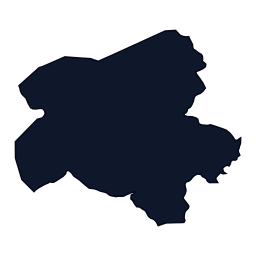 outline of São Francisco de Assis do Piauí, Piauí, Brazil
{"feature_id": "56859067B59242064317932", "entity_name": "São Francisco de Assis do Piauí", "entity_type": "district", "adm_level": 2, "iso_a3": "BRA", "parent_name": "Brazil", "parent_adm1": "Piauí", "projection": "orthographic", "projection_center": [-41.535, -8.197], "detail": "fine", "context": "isolated", "style": "filled", "palette": "ink", "viewbox_px": 256, "rotation_deg": 0, "n_neighbors": 0, "source": "geoboundaries", "source_scale": "gbopen_adm2", "svg_char_len": 2708}
<svg xmlns="http://www.w3.org/2000/svg" viewBox="0 0 256 256"><path d="M39.1,67.7L19.0,85.7L19.9,88.1L20.5,91.0L21.6,93.5L23.1,95.3L24.5,96.6L26.0,98.1L28.4,103.8L30.7,107.7L32.9,108.8L36.4,108.9L39.5,108.4L41.7,108.4L43.5,109.2L44.8,111.5L45.2,113.8L44.0,116.1L42.1,118.0L37.3,119.3L24.0,132.9L15.4,141.7L15.5,158.0L21.9,179.5L34.0,191.6L35.8,189.8L37.7,188.3L39.2,187.4L42.2,185.7L44.4,184.5L48.4,182.8L49.8,181.8L51.5,182.2L53.3,182.3L55.3,181.3L57.7,179.8L63.2,176.2L65.6,173.6L66.0,171.7L67.0,170.5L68.9,170.6L71.7,172.9L73.8,176.0L79.6,180.0L84.6,184.4L89.2,188.1L94.1,188.7L96.8,189.5L100.1,191.0L105.2,192.3L107.3,193.2L108.6,194.4L110.1,195.4L112.1,195.9L114.1,196.2L115.9,196.6L117.6,196.3L119.5,196.2L121.3,196.3L123.7,196.1L125.3,195.2L129.0,193.6L131.2,192.7L133.0,192.3L134.8,191.9L133.6,194.1L131.3,195.0L131.0,197.1L130.9,198.9L132.6,200.4L134.3,203.3L135.6,205.3L136.9,206.8L139.3,206.9L141.1,208.0L143.1,209.4L145.3,210.6L146.2,212.0L147.8,215.0L148.6,216.4L150.6,218.1L153.7,219.2L155.4,220.8L156.6,222.2L158.2,225.6L166.1,222.9L176.8,222.6L179.4,222.6L183.9,222.4L184.9,220.7L184.1,218.1L184.2,215.6L184.5,213.8L185.2,211.4L186.5,210.0L188.4,208.0L188.8,206.2L187.7,204.4L183.0,198.3L183.8,196.1L185.1,193.8L186.0,190.7L185.8,189.0L185.2,186.9L184.9,183.8L186.5,181.7L188.5,181.3L190.3,180.0L191.4,178.9L192.4,177.4L194.0,175.9L197.0,174.0L199.1,174.2L200.9,174.5L202.6,176.7L204.3,177.3L206.3,178.8L207.4,181.1L209.5,182.6L213.3,182.5L215.7,182.5L217.7,182.5L215.6,178.9L216.2,177.3L217.3,175.9L220.4,172.7L223.1,173.8L225.7,173.4L223.9,172.3L223.0,170.4L222.5,168.3L224.1,166.8L225.8,165.7L227.5,165.1L229.0,166.0L230.2,164.1L231.0,161.1L233.0,159.8L234.8,160.2L236.6,159.5L237.2,157.1L239.8,155.2L238.7,152.9L238.1,150.4L238.9,148.6L239.3,146.8L240.4,143.6L240.6,140.3L240.6,137.9L237.0,140.5L234.4,139.8L233.8,138.2L232.2,136.0L229.8,133.1L226.1,130.1L222.0,128.6L217.1,126.9L210.5,124.8L207.4,125.5L201.3,124.9L199.1,123.9L198.2,121.7L197.9,119.6L196.7,118.3L195.0,117.7L192.7,116.9L190.7,116.7L187.5,116.6L184.5,115.6L183.8,113.7L185.9,112.8L187.0,111.1L187.7,108.7L190.5,107.0L192.2,104.0L193.4,101.0L194.0,98.1L194.8,96.3L196.2,95.1L198.3,94.1L199.9,93.5L201.3,92.6L203.2,90.9L205.3,88.1L202.9,83.1L201.7,81.4L200.2,79.2L196.3,73.8L195.7,71.7L199.5,70.3L203.1,68.5L205.3,66.8L205.8,64.2L203.9,62.4L202.3,61.3L202.6,59.3L202.4,56.2L201.4,54.5L198.3,52.7L195.2,50.3L193.3,49.1L192.6,47.0L192.5,44.5L191.0,41.6L189.6,38.8L188.7,36.8L185.5,36.9L181.9,36.1L180.1,35.2L178.5,33.6L177.0,32.0L175.6,30.4L165.2,31.0L122.6,50.4L112.1,55.2L108.4,56.8L98.3,61.3L92.5,59.4L90.9,58.7L81.1,58.1L64.9,56.9L46.6,64.9L42.4,66.7L39.1,67.7Z" fill="#0f172a" stroke="#020617" stroke-width="1.5"/></svg>